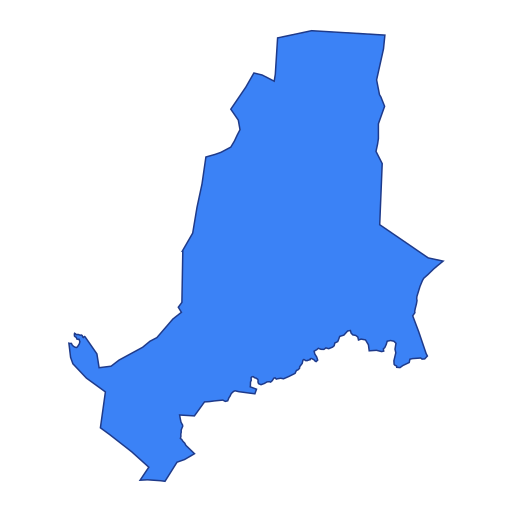 the district of Kebbe, Sokoto, Nigeria
{"feature_id": "59680162B95103667512911", "entity_name": "Kebbe", "entity_type": "district", "adm_level": 2, "iso_a3": "NGA", "parent_name": "Nigeria", "parent_adm1": "Sokoto", "projection": "mercator", "projection_center": [4.676, 11.883], "detail": "fine", "context": "isolated", "style": "filled", "palette": "blue", "viewbox_px": 512, "rotation_deg": 0, "n_neighbors": 0, "source": "geoboundaries", "source_scale": "gbopen_adm2", "svg_char_len": 3518}
<svg xmlns="http://www.w3.org/2000/svg" viewBox="0 0 512 512"><path d="M384.9,35.1L311.6,30.7L277.6,37.9L275.3,74.4L274.2,81.2L262.1,75.0L253.9,73.0L245.9,87.0L230.8,109.2L238.3,120.1L240.0,129.7L237.3,134.9L234.4,141.1L230.8,147.1L220.8,152.4L215.1,154.4L205.9,157.0L202.0,184.0L197.0,207.3L192.7,233.1L182.5,250.8L182.8,250.7L181.9,302.4L178.3,307.2L181.4,312.3L172.9,319.0L156.9,337.6L150.0,341.2L142.6,347.3L119.0,360.1L111.1,366.2L99.1,367.7L96.9,353.9L85.2,337.0L84.6,336.5L84.0,336.8L83.3,337.5L82.7,336.9L82.3,335.7L81.6,335.1L80.8,335.1L80.0,335.2L78.9,334.7L77.9,334.4L76.9,334.7L76.1,334.4L75.5,333.8L74.6,333.3L74.4,333.9L74.4,334.5L74.4,335.3L74.5,336.1L75.1,336.7L76.3,337.4L76.6,338.3L76.8,339.0L77.8,339.3L79.0,339.2L79.3,339.6L79.3,340.2L79.9,341.6L79.7,342.5L79.3,343.9L78.3,345.5L77.5,346.7L76.6,347.5L75.3,347.3L73.9,346.6L72.7,345.6L72.0,344.7L71.4,343.4L69.8,343.4L68.9,343.2L70.6,357.4L72.9,363.8L86.4,378.1L105.4,391.9L100.4,427.8L109.7,434.6L131.7,451.8L148.8,467.2L140.1,480.2L147.5,479.8L160.5,480.7L165.0,481.3L177.0,462.2L184.6,459.5L194.5,453.7L185.9,445.4L184.7,443.1L182.9,441.3L181.7,439.4L180.4,438.5L180.9,436.3L180.8,434.0L181.2,432.3L181.2,430.0L182.0,427.9L182.7,426.3L182.6,425.1L181.0,422.2L180.3,418.9L179.6,415.0L194.4,415.9L204.5,401.9L209.3,401.6L214.5,400.9L222.8,400.1L225.3,401.4L227.7,400.8L229.0,397.6L229.9,396.4L231.3,393.5L233.6,391.4L235.1,390.8L238.9,391.7L254.9,393.8L256.5,389.2L250.2,386.8L250.4,385.5L250.5,382.2L250.6,381.6L250.9,381.1L251.2,380.6L251.2,380.0L251.2,379.6L251.2,378.9L251.1,378.4L251.1,378.1L251.1,377.7L251.4,377.4L251.6,377.0L252.2,376.8L252.8,376.6L253.4,376.7L253.8,377.1L254.4,377.6L254.8,377.8L255.3,378.0L255.9,378.0L256.4,378.4L256.6,378.6L257.1,378.8L257.6,379.1L257.9,379.7L258.1,380.7L258.0,381.2L258.0,381.9L258.1,382.6L258.6,383.7L259.6,384.1L261.0,384.7L264.5,383.4L267.0,381.9L269.3,381.7L270.6,382.1L272.3,380.6L273.1,379.3L273.7,378.3L275.0,377.8L276.3,379.1L277.3,378.8L280.7,378.2L283.5,378.8L288.8,376.5L292.6,374.6L294.4,373.7L295.1,373.3L295.8,371.7L296.5,370.4L297.9,369.9L299.5,368.4L299.7,366.7L302.2,363.4L302.8,360.7L303.2,359.9L303.8,359.5L304.5,359.7L305.0,360.2L305.5,360.6L306.4,360.6L307.1,360.7L307.9,360.2L308.4,360.2L309.1,360.0L309.6,359.7L310.2,359.7L310.5,359.1L310.4,358.7L311.3,358.5L312.3,358.8L312.8,359.2L313.8,359.6L315.0,361.0L316.1,361.6L317.7,360.1L316.7,357.0L314.8,354.0L314.1,351.2L316.7,349.7L318.3,348.3L321.0,349.3L323.9,349.4L325.9,347.9L328.7,348.7L332.6,347.1L334.2,345.7L334.8,343.0L337.7,341.6L338.4,340.0L339.7,336.4L343.9,335.1L347.6,331.0L350.4,330.5L351.1,333.1L352.8,334.9L355.7,335.4L357.8,337.0L358.5,340.0L361.1,339.1L365.5,339.9L368.4,344.8L369.2,350.8L376.5,350.3L381.6,351.6L383.7,351.1L383.4,348.8L384.8,347.6L386.2,344.5L387.2,341.2L390.5,340.5L393.9,341.2L396.0,343.3L395.8,344.3L395.0,349.2L395.8,352.8L395.0,356.1L393.9,360.8L394.1,364.3L394.9,365.2L396.6,366.0L396.7,367.3L400.0,367.6L402.9,365.5L409.2,362.5L409.9,359.2L412.5,358.6L416.7,358.3L418.0,358.2L419.5,358.1L420.3,357.9L420.8,358.2L421.5,358.5L422.0,359.1L424.7,358.9L427.4,356.0L426.1,353.5L418.8,332.0L412.7,315.8L414.9,312.7L414.7,311.2L415.4,307.9L416.4,304.0L417.0,300.6L416.7,298.5L416.9,296.5L418.1,292.6L420.0,286.4L422.4,280.6L423.7,278.3L428.3,274.2L433.6,269.0L437.5,265.7L443.1,261.1L428.2,257.9L379.7,224.7L382.2,163.6L376.0,151.4L377.6,143.9L378.4,138.6L378.4,123.8L384.6,106.3L380.9,97.0L379.5,94.7L376.6,79.9L383.5,48.9L384.9,35.1Z" fill="#3b82f6" stroke="#1e3a8a" stroke-width="1.5"/></svg>